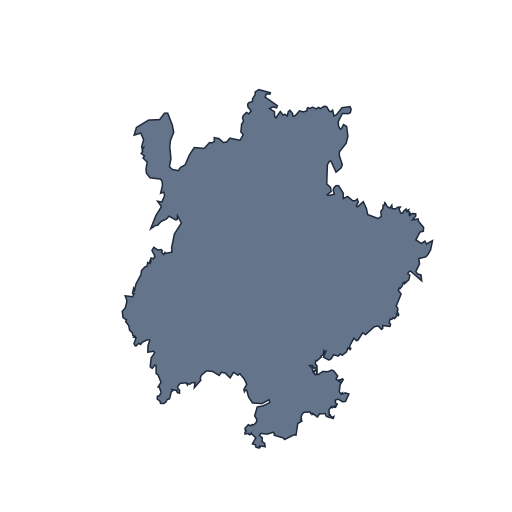 outline of Jessore, Khulna, Bangladesh, rotated 204°
{"feature_id": "16705992B28022870637862", "entity_name": "Jessore", "entity_type": "district", "adm_level": 2, "iso_a3": "BGD", "parent_name": "Bangladesh", "parent_adm1": "Khulna", "projection": "equal_earth", "projection_center": [89.196, 23.085], "detail": "fine", "context": "isolated", "style": "filled", "palette": "slate", "viewbox_px": 512, "rotation_deg": 204, "n_neighbors": 0, "source": "geoboundaries", "source_scale": "gbopen_adm2", "svg_char_len": 6109}
<svg xmlns="http://www.w3.org/2000/svg" viewBox="0 0 512 512"><g transform="rotate(204 256 256)"><path d="M280.3,83.7L278.9,86.1L278.8,88.7L276.9,90.3L278.1,97.1L277.3,99.2L278.4,99.8L273.9,100.8L272.3,99.2L270.1,99.6L271.4,102.5L273.1,102.8L274.5,104.9L273.5,108.8L268.0,111.8L266.3,110.3L266.4,111.5L264.3,111.9L263.3,114.0L260.3,115.5L258.8,110.6L255.9,120.0L257.2,121.7L257.5,124.8L254.5,130.9L248.6,132.9L241.1,131.9L240.3,135.7L236.5,136.5L230.1,134.1L229.1,140.7L224.1,139.7L222.9,141.9L216.6,138.8L212.3,135.0L212.8,129.2L211.4,127.3L211.2,129.0L209.8,129.5L205.5,124.2L199.4,120.3L190.4,123.6L185.6,130.1L183.8,127.7L188.6,121.9L193.5,118.6L192.2,109.4L188.8,107.0L188.0,104.3L189.5,100.6L191.0,100.5L191.7,98.8L194.4,98.8L196.0,94.3L195.3,92.8L193.9,92.7L194.4,90.3L193.5,88.9L191.2,90.6L189.5,90.1L188.5,91.9L188.4,90.8L187.5,91.7L182.2,89.8L182.9,82.9L179.8,83.3L178.2,81.3L175.1,81.8L175.4,83.5L174.6,82.9L173.8,84.6L170.0,85.5L172.0,88.4L175.0,89.0L176.3,92.5L179.9,93.4L179.3,95.9L173.0,98.0L168.6,102.0L166.6,100.9L166.4,99.6L157.5,100.9L155.2,100.0L148.8,107.9L146.6,108.6L149.7,119.9L146.9,123.9L148.6,124.5L148.1,125.7L149.4,127.3L149.6,130.0L148.6,132.7L143.1,135.5L141.8,134.2L140.4,135.1L140.1,134.1L139.3,135.0L134.4,133.9L133.8,137.6L128.8,140.1L126.4,138.1L119.3,139.0L119.6,141.0L120.9,139.4L123.6,140.8L123.0,141.5L124.3,140.4L126.8,145.2L125.8,149.3L124.6,148.3L123.2,151.0L122.7,149.7L121.8,150.1L121.6,153.8L123.5,154.0L125.0,156.5L122.7,158.7L117.7,158.0L115.1,159.5L115.0,167.7L118.7,167.3L121.5,164.7L121.6,165.8L122.4,164.7L124.8,166.0L126.8,172.8L126.0,178.5L127.2,179.0L128.7,176.8L128.8,175.6L126.8,174.6L129.7,175.5L129.5,176.7L131.2,175.6L132.9,176.3L132.5,179.6L138.3,182.7L140.7,182.5L143.0,179.7L148.1,177.6L151.1,172.8L152.2,172.9L154.3,177.7L154.8,177.0L152.7,173.1L153.3,171.7L155.8,172.8L155.1,177.1L156.7,173.3L159.3,176.5L162.5,177.7L160.1,178.9L157.5,177.0L155.1,178.9L155.5,180.4L158.1,181.7L158.8,184.8L157.8,184.9L155.3,190.2L155.9,190.9L154.5,193.3L155.4,196.9L154.5,196.2L153.5,197.4L153.2,191.0L147.1,190.6L145.5,192.7L145.0,197.2L140.1,198.1L139.2,200.8L136.8,200.4L134.3,205.3L134.6,209.4L131.8,208.7L132.8,209.1L131.9,208.9L131.8,210.1L133.3,210.5L133.8,212.9L133.1,220.7L129.7,219.5L128.6,220.7L127.3,229.2L123.9,228.8L119.2,239.4L116.0,241.8L111.6,240.0L110.8,241.3L111.9,244.0L105.0,246.1L105.3,248.3L107.3,249.4L107.8,252.9L106.1,253.4L105.9,255.2L104.0,255.1L102.9,259.1L103.7,260.1L101.8,259.5L101.7,260.4L104.7,262.9L104.3,263.9L105.5,266.2L107.5,267.1L108.0,280.3L112.1,282.6L112.1,285.0L111.2,284.7L110.3,287.8L110.6,291.7L109.4,292.5L109.0,291.3L106.7,296.4L107.7,301.0L110.1,301.5L110.1,303.3L108.7,305.1L94.5,300.7L97.6,305.8L101.4,305.4L103.7,306.9L103.4,315.3L106.2,319.9L100.5,324.3L99.5,327.4L99.0,332.7L101.0,341.8L105.2,336.3L107.8,338.3L110.0,334.7L116.5,335.8L116.0,344.5L113.2,346.7L114.5,350.3L121.8,353.9L123.0,355.9L127.7,352.6L126.3,357.6L127.3,359.5L130.3,358.5L132.2,355.4L133.3,356.7L132.3,357.7L134.6,358.9L135.5,358.2L135.4,360.2L136.8,358.5L138.0,359.9L139.5,356.7L139.1,355.4L141.2,354.0L144.5,357.2L144.1,359.4L146.5,358.1L147.6,355.9L150.8,354.6L152.6,357.6L153.2,354.1L156.3,354.6L160.7,357.7L159.0,355.4L160.6,354.2L159.3,350.8L160.1,347.5L157.6,343.0L159.8,339.9L170.8,339.3L174.3,344.1L180.1,349.3L183.2,342.2L184.7,342.6L184.5,346.8L186.6,349.2L187.8,346.9L190.1,345.8L196.5,347.7L199.6,344.0L202.0,349.0L209.1,353.8L211.5,352.9L212.6,349.7L212.4,347.6L209.6,344.3L214.2,340.9L215.9,340.9L213.6,345.5L215.8,349.0L220.7,350.6L227.9,368.4L227.4,372.6L226.1,373.2L217.0,365.1L214.0,371.3L214.3,374.5L220.6,381.5L222.2,385.1L219.5,395.6L220.7,402.7L225.9,411.2L229.5,411.7L229.8,406.7L230.7,406.1L233.6,408.5L235.5,412.3L235.1,421.3L229.5,423.6L228.1,425.3L228.8,428.8L230.8,430.7L237.7,426.5L240.0,417.7L241.7,415.6L245.3,420.4L246.1,418.3L248.0,418.2L252.4,421.2L254.6,420.5L257.2,416.8L259.3,417.3L260.8,414.9L265.0,414.9L266.7,412.6L268.8,412.8L269.4,411.5L268.4,409.5L271.4,406.9L275.3,406.3L277.2,400.1L279.1,398.8L280.6,401.1L284.3,402.9L285.2,401.0L284.4,396.7L287.3,397.2L288.7,395.7L292.6,397.9L294.0,390.3L295.8,391.2L297.8,395.3L303.6,396.2L301.2,399.1L297.4,399.7L297.6,402.0L312.3,404.9L312.4,408.4L309.1,409.6L309.3,411.0L321.1,409.2L323.4,405.6L322.4,402.9L323.1,398.4L322.1,395.6L324.8,393.3L325.4,391.3L323.9,388.8L319.5,386.6L320.5,382.9L323.1,383.3L324.7,379.1L324.5,376.7L322.2,374.0L322.8,370.7L320.3,363.2L317.0,361.7L317.7,355.2L327.9,353.0L329.0,348.3L332.0,346.4L337.5,348.2L342.3,347.2L340.7,343.9L342.0,341.6L344.6,340.7L347.1,333.2L356.5,330.0L357.9,321.6L357.8,310.3L361.0,306.3L361.7,302.4L367.7,301.0L371.4,302.4L373.3,310.3L379.2,320.7L381.1,326.7L381.5,335.6L385.8,341.7L394.8,350.6L397.7,349.2L399.5,341.4L409.4,336.5L417.5,324.8L416.5,316.8L411.3,321.4L406.0,316.6L404.9,309.2L404.1,308.2L402.9,309.4L403.1,306.2L401.9,305.4L402.6,303.0L398.6,302.0L399.1,299.6L393.6,297.5L391.9,290.8L389.8,287.1L384.6,284.3L374.6,287.4L372.2,286.1L370.1,282.4L368.7,274.5L366.3,276.8L364.0,274.0L364.0,267.0L368.2,266.0L362.5,262.7L363.9,252.2L363.3,238.0L360.4,242.8L358.3,244.2L356.8,248.9L352.9,253.3L351.7,257.0L343.8,256.3L342.9,257.4L344.1,260.8L337.6,255.8L339.5,242.9L336.5,229.3L334.4,225.3L339.9,221.5L340.6,222.2L340.9,219.8L343.7,220.9L343.7,222.5L345.3,223.3L348.0,221.5L352.9,222.4L353.3,218.8L348.2,214.6L348.6,211.7L351.0,211.5L350.8,207.8L350.0,208.6L349.6,206.0L352.3,206.0L351.4,202.2L352.9,201.1L354.7,196.3L353.5,192.1L354.3,181.8L353.0,175.3L354.7,176.8L353.6,171.5L351.9,171.9L352.2,168.6L359.3,166.4L355.9,162.9L355.1,160.3L354.3,155.0L355.7,151.1L352.4,145.6L348.3,145.0L348.4,143.0L344.0,140.7L341.3,136.8L337.9,135.6L336.1,133.3L334.0,133.4L334.7,132.1L332.3,132.5L331.8,126.3L330.0,124.9L329.1,124.9L327.6,128.6L325.5,128.2L324.8,131.0L320.8,135.6L318.8,135.9L318.2,130.1L315.7,124.1L310.8,127.3L309.2,126.5L310.3,120.3L307.6,111.8L305.1,111.1L304.0,115.4L302.8,115.2L299.4,108.0L297.1,107.5L291.4,102.0L292.2,96.5L291.0,96.9L287.0,92.6L287.5,89.0L289.1,87.7L288.0,85.1L284.7,84.4L283.3,82.5L280.3,83.7Z" fill="#64748b" stroke="#1e293b" stroke-width="1.5"/></g></svg>